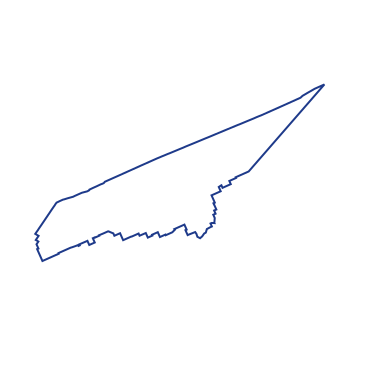 outline of Westonia, Western Australia, Australia, rotated 66°
{"feature_id": "25037944B31947016083721", "entity_name": "Westonia", "entity_type": "district", "adm_level": 2, "iso_a3": "AUS", "parent_name": "Australia", "parent_adm1": "Western Australia", "projection": "natural_earth1", "projection_center": [118.672, -30.879], "detail": "fine", "context": "isolated", "style": "outline", "palette": "blue", "viewbox_px": 384, "rotation_deg": 66, "n_neighbors": 0, "source": "geoboundaries", "source_scale": "gbopen_adm2", "svg_char_len": 2745}
<svg xmlns="http://www.w3.org/2000/svg" viewBox="0 0 384 384"><g transform="rotate(66 192 192)"><path d="M194.2,356.7L194.2,338.9L193.5,338.8L193.5,325.5L193.7,324.1L194.0,320.4L194.1,317.6L195.1,317.6L195.1,317.0L195.1,316.5L194.8,316.6L194.7,316.5L194.4,316.5L194.3,316.4L194.3,316.2L194.0,316.2L194.1,307.5L194.1,307.4L198.6,307.4L198.6,305.0L198.6,301.4L193.9,301.4L193.9,299.3L193.9,299.2L194.2,299.2L194.2,294.5L193.7,294.5L193.8,290.0L193.8,288.7L193.8,286.7L193.8,284.6L194.4,284.0L194.4,283.9L195.1,283.3L197.1,281.4L197.8,280.7L200.4,280.7L200.4,278.9L200.4,274.5L201.8,274.5L208.0,274.5L208.0,267.9L208.0,265.6L208.2,265.3L208.2,257.7L210.6,257.7L210.7,250.9L215.7,250.9L215.7,245.9L214.8,245.9L214.8,239.6L217.9,239.6L220.1,239.6L220.1,235.8L220.1,233.6L220.8,233.6L220.8,229.2L220.8,226.4L219.5,223.0L218.7,223.2L218.7,212.2L224.2,212.2L224.2,213.5L228.6,213.5L229.6,213.5L229.6,212.0L229.9,205.4L232.0,205.0L235.1,205.3L237.5,203.4L236.7,200.8L236.6,200.6L234.9,197.8L234.7,195.9L231.9,193.5L231.6,189.7L231.6,187.9L228.3,187.9L228.3,186.5L229.5,184.2L229.4,184.2L225.0,181.8L221.4,181.8L221.4,179.3L217.9,179.3L217.9,176.9L212.0,176.9L212.0,177.0L211.0,177.0L211.0,175.5L203.0,175.5L203.0,175.4L203.0,171.4L203.0,168.9L203.0,165.5L198.3,165.5L197.8,162.5L197.8,162.4L200.6,162.4L200.6,156.3L200.6,153.4L197.1,153.4L197.1,146.1L196.3,146.1L196.3,144.3L196.3,131.9L184.4,106.3L177.4,91.3L147.6,27.3L147.6,30.3L147.6,37.9L148.5,46.7L148.6,47.4L149.1,51.9L150.0,54.5L150.1,76.5L150.1,87.1L150.1,97.8L150.0,99.5L149.9,102.7L149.9,105.8L149.7,112.9L149.5,121.2L149.4,122.7L149.1,134.2L148.8,146.7L148.7,151.7L148.6,155.3L148.5,157.9L148.3,165.9L148.1,173.1L147.9,179.1L147.9,182.1L147.8,185.0L147.6,192.8L147.5,196.8L147.4,198.5L147.3,203.0L147.2,205.3L147.2,206.1L147.2,207.0L147.1,210.0L147.1,210.9L147.1,213.9L147.1,216.7L147.1,227.2L147.1,227.6L147.1,227.8L147.2,252.1L147.2,255.0L147.2,255.5L147.2,256.1L147.2,257.1L147.2,263.9L147.2,265.6L147.2,266.5L147.2,267.5L147.5,268.0L148.0,269.1L148.0,270.9L147.9,272.0L147.9,273.0L148.0,276.7L148.0,277.6L148.0,280.5L148.1,284.8L148.6,285.2L148.8,287.4L148.5,289.2L147.9,292.9L147.9,293.5L147.9,294.5L147.9,299.0L147.9,299.7L147.9,301.1L148.0,302.3L147.9,303.1L147.5,305.8L147.1,308.5L146.9,310.3L146.7,312.0L146.5,312.8L146.5,314.0L146.5,316.5L146.6,319.1L146.6,319.8L146.6,320.0L147.6,321.8L147.9,322.2L148.3,322.8L148.6,323.2L148.7,323.5L150.9,327.1L153.1,330.6L153.7,331.5L154.2,332.4L155.3,334.1L156.4,335.9L158.1,338.6L160.9,343.1L163.1,346.7L164.3,348.5L164.8,349.4L166.5,352.2L169.7,350.0L172.3,354.2L173.1,353.6L174.8,352.5L176.1,354.6L176.5,355.3L181.2,355.3L181.2,356.7L182.9,356.7L189.2,356.7L190.1,356.7L194.2,356.7Z" fill="none" stroke="#1e3a8a" stroke-width="2"/></g></svg>